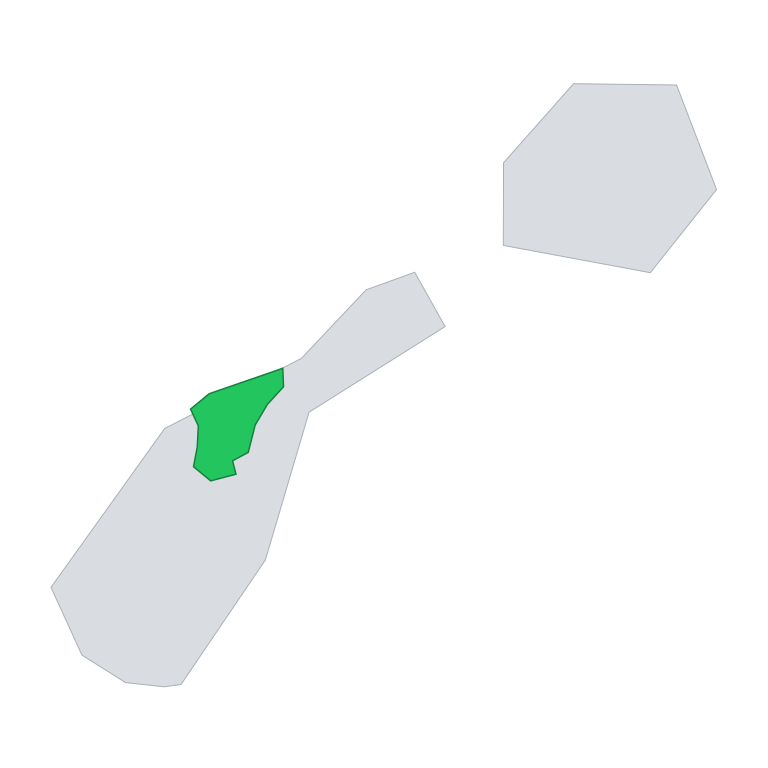 Saint Peter Basseterre on a map of Saint Kitts and Nevis (Albers equal-area conic projection), rotated 273°
{"feature_id": "KNA-5109", "entity_name": "Saint Peter Basseterre", "entity_type": "Parish", "adm_level": 1, "iso_a3": "KNA", "parent_name": "Saint Kitts and Nevis", "parent_adm1": "", "projection": "albers", "projection_center": [-62.712, 17.32], "detail": "fine", "context": "in_parent", "style": "filled", "palette": "green", "viewbox_px": 768, "rotation_deg": 273, "n_neighbors": 0, "source": "natural_earth", "source_scale": "10m", "svg_char_len": 636}
<svg xmlns="http://www.w3.org/2000/svg" viewBox="0 0 768 768"><g transform="rotate(273 384 384)"><path d="M497.2,408.8L444.6,442.0L351.9,310.6L202.2,274.8L73.3,197.0L70.1,180.4L72.3,141.5L97.5,96.5L163.5,62.1L328.1,167.3L405.3,300.2L477.1,361.2L497.2,408.8ZM697.9,660.5L595.6,705.9L509.1,644.1L528.6,495.9L611.2,491.8L693.8,557.6L697.9,660.5Z" fill="#d9dde1" stroke="#a8b0b8" stroke-width="1"/><path d="M348.8,192.1L365.2,210.0L394.4,282.1L376.0,283.8L357.5,268.6L336.3,257.5L308.6,252.0L299.4,236.8L286.2,240.9L278.2,216.0L291.4,198.1L311.3,200.8L332.4,200.8L348.8,192.1Z" fill="#22c55e" stroke="#15803d" stroke-width="1.5"/></g></svg>